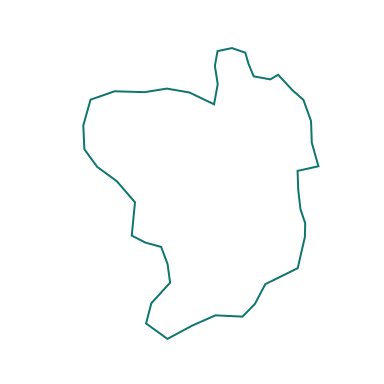 an SVG outline of Seoul, rotated 281°
{"feature_id": "KOR-2497", "entity_name": "Seoul", "entity_type": "Capital Metropolitan City", "adm_level": 1, "iso_a3": "KOR", "parent_name": "South Korea", "parent_adm1": "", "projection": "mercator", "projection_center": [127.023, 37.556], "detail": "fine", "context": "isolated", "style": "outline", "palette": "teal", "viewbox_px": 384, "rotation_deg": 281, "n_neighbors": 0, "source": "natural_earth", "source_scale": "10m", "svg_char_len": 692}
<svg xmlns="http://www.w3.org/2000/svg" viewBox="0 0 384 384"><g transform="rotate(281 192 192)"><path d="M236.6,72.6L263.3,74.8L276.1,96.8L281.0,126.6L288.7,147.5L289.2,170.4L282.3,196.9L302.7,196.7L320.1,190.4L335.2,190.2L340.9,203.8L338.9,217.8L328.6,223.0L317.3,230.5L317.5,247.4L323.5,254.2L310.8,271.6L303.7,283.8L284.4,295.3L263.2,300.2L241.4,311.2L232.9,291.6L214.3,295.9L195.9,301.7L182.9,309.1L169.3,311.4L137.4,310.3L115.6,281.6L94.1,275.1L79.3,265.3L75.4,238.5L60.7,217.4L43.1,195.9L54.2,172.0L75.0,173.3L98.8,187.8L116.5,181.8L132.2,172.2L133.4,156.1L137.7,141.2L171.0,138.0L188.2,116.2L198.6,94.1L213.4,78.2L236.6,72.6Z" fill="none" stroke="#0f766e" stroke-width="2"/></g></svg>